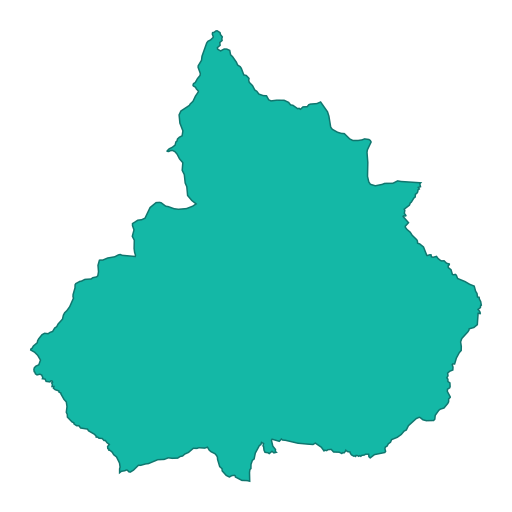 San Cayetano, Cundinamarca, Colombia (Albers equal-area conic projection)
{"feature_id": "7082276B62446373339700", "entity_name": "San Cayetano", "entity_type": "district", "adm_level": 2, "iso_a3": "COL", "parent_name": "Colombia", "parent_adm1": "Cundinamarca", "projection": "albers", "projection_center": [-74.103, 5.334], "detail": "fine", "context": "isolated", "style": "filled", "palette": "teal", "viewbox_px": 512, "rotation_deg": 0, "n_neighbors": 0, "source": "geoboundaries", "source_scale": "gbopen_adm2", "svg_char_len": 5987}
<svg xmlns="http://www.w3.org/2000/svg" viewBox="0 0 512 512"><path d="M212.6,32.6L212.3,34.1L213.2,36.5L213.1,37.5L210.6,39.9L207.9,41.3L206.7,43.0L202.0,56.2L201.5,60.3L198.2,65.8L198.1,67.3L200.3,73.4L200.1,75.4L197.6,78.4L195.2,82.6L193.5,83.6L193.0,85.2L193.4,86.0L195.6,87.3L196.2,88.7L198.3,91.0L198.3,91.9L195.4,96.2L193.0,101.3L190.2,104.0L189.4,105.4L180.9,111.0L179.1,114.9L179.9,123.1L182.9,130.9L182.1,135.8L179.4,137.2L177.5,139.0L177.0,141.0L175.9,141.9L175.1,145.1L172.3,147.3L169.2,148.8L167.2,150.8L167.2,151.3L168.7,151.5L170.6,150.6L172.7,150.5L175.0,151.7L177.2,154.3L179.5,158.8L182.8,162.7L182.2,170.3L184.3,174.6L185.2,183.0L186.8,186.7L187.6,195.5L191.8,200.5L196.1,203.9L192.7,206.2L186.5,208.6L178.4,209.3L174.0,208.7L168.2,206.6L165.7,206.2L161.2,202.8L159.6,202.4L156.1,202.6L150.1,207.5L145.0,218.2L141.7,219.7L137.8,220.2L132.5,223.6L132.5,225.7L134.0,229.9L132.3,236.3L134.3,240.2L134.1,248.5L134.6,252.3L135.5,255.2L135.2,256.5L122.1,255.3L120.2,254.5L118.4,254.9L114.7,256.8L107.7,258.0L102.7,260.1L99.8,260.1L99.4,260.3L98.0,265.3L98.5,271.8L97.8,275.8L96.6,276.9L92.8,277.7L91.0,279.0L84.9,279.4L81.1,281.3L80.0,281.3L75.8,283.6L75.1,284.8L75.0,287.9L73.1,294.5L73.0,296.8L73.5,298.1L69.7,306.7L66.9,310.6L64.7,312.7L63.4,315.1L62.5,319.1L58.1,324.0L56.7,326.7L54.7,328.0L52.6,331.5L50.2,332.3L48.1,333.7L44.6,333.3L42.0,334.7L38.7,338.8L37.6,340.8L37.3,342.7L33.4,346.0L32.0,348.4L30.8,349.1L30.7,350.0L34.6,352.2L37.7,355.3L40.5,360.1L38.8,364.8L35.8,366.2L34.3,367.8L33.9,369.5L34.2,371.7L34.9,372.2L35.4,373.8L37.0,374.9L39.9,374.2L41.7,375.0L42.8,377.6L42.4,378.7L45.1,379.1L46.1,381.4L49.8,381.9L51.0,380.8L51.9,380.9L52.6,382.1L51.7,382.9L52.4,384.5L52.0,386.5L53.9,386.5L53.4,388.2L55.2,389.7L58.8,390.9L59.0,392.1L60.9,393.1L60.9,393.9L64.0,399.4L66.3,401.9L67.0,406.6L66.3,412.3L67.3,414.4L67.4,417.1L72.1,422.0L73.8,422.7L74.0,423.9L76.6,425.7L78.9,425.7L80.6,428.0L87.5,429.1L88.5,430.8L94.5,434.3L96.1,436.1L96.2,437.1L97.7,437.1L98.9,438.2L102.2,438.5L104.0,440.5L105.4,440.5L107.0,442.7L109.3,444.4L107.6,446.5L107.8,448.6L108.9,449.1L108.8,450.1L110.2,450.5L112.3,452.3L113.7,454.7L116.5,456.9L119.5,463.0L120.1,467.1L119.6,468.8L119.6,472.7L121.4,471.3L124.9,470.7L126.3,470.0L127.5,470.3L128.8,471.8L130.3,472.1L133.5,470.1L138.4,465.3L140.7,465.3L145.7,463.9L148.4,463.6L157.7,459.7L164.2,459.4L168.3,457.8L172.3,458.3L177.7,458.1L180.1,456.5L182.6,456.0L184.7,454.1L188.5,452.4L193.3,448.3L196.9,448.4L198.9,447.7L204.7,448.1L207.5,447.2L209.2,450.1L211.0,451.7L215.0,453.7L216.6,455.6L217.4,457.1L217.6,459.5L219.7,466.6L222.0,468.7L222.2,470.9L226.2,475.4L229.4,477.0L231.8,475.6L234.5,475.3L235.2,475.8L235.4,477.0L241.9,480.4L247.2,480.6L249.7,481.2L249.5,472.4L249.9,469.5L250.9,468.6L251.0,464.4L252.4,460.3L254.1,459.0L255.3,453.1L259.4,445.5L260.9,444.6L261.5,442.4L263.6,443.5L263.0,445.9L263.6,446.6L264.0,450.1L265.0,452.3L268.2,452.8L269.2,453.6L272.0,451.3L273.9,452.9L276.3,452.3L275.3,451.4L275.5,449.5L272.8,446.1L271.6,441.0L271.5,440.0L272.1,439.2L279.3,441.3L281.4,439.0L282.5,440.0L285.5,440.3L297.8,443.2L307.6,444.1L313.0,444.5L315.3,443.1L321.3,447.2L324.0,450.9L324.7,450.2L326.7,450.6L327.8,449.7L331.2,449.4L333.6,452.0L339.2,452.2L341.8,453.5L342.8,452.6L344.0,452.9L345.4,451.3L345.8,450.2L347.5,451.6L350.0,452.0L350.4,453.4L351.5,454.9L353.9,456.2L354.9,455.9L355.6,456.4L356.1,455.4L357.7,455.6L358.7,456.3L359.8,455.6L360.8,456.3L361.7,455.4L364.4,455.0L365.5,454.2L368.7,454.2L368.9,456.7L370.2,457.9L374.5,454.6L384.8,452.5L385.6,451.4L384.9,448.7L385.4,447.0L387.0,446.2L388.3,443.8L390.5,442.2L391.6,439.6L397.3,437.3L401.2,434.5L404.1,431.1L406.3,430.0L408.4,425.7L416.2,418.6L419.2,417.3L420.2,417.6L422.9,419.8L426.4,420.7L433.6,420.5L434.8,419.2L435.2,415.4L438.7,410.4L440.2,409.2L444.0,408.0L447.8,403.4L448.6,401.8L448.7,398.9L450.2,397.4L450.2,396.8L447.3,391.4L447.5,389.2L449.7,387.8L450.1,386.6L449.9,382.9L447.9,381.5L447.9,379.2L446.8,377.8L448.0,375.8L447.6,373.1L449.8,371.2L452.8,370.0L453.0,367.1L452.2,364.6L452.8,363.9L454.6,364.0L456.4,358.0L459.3,352.6L461.2,350.5L461.3,346.5L460.6,341.9L461.8,338.5L467.8,331.9L468.9,330.2L469.2,328.8L473.9,327.5L477.3,324.7L478.1,313.3L479.2,313.2L480.0,313.7L480.3,313.2L479.7,311.4L478.0,309.4L480.4,307.6L480.6,305.5L481.3,305.2L480.7,301.6L479.4,299.1L479.1,297.3L477.5,297.0L477.0,293.5L475.6,291.2L474.2,286.1L469.7,284.3L464.9,281.5L457.6,278.5L456.3,275.2L455.3,274.4L453.5,274.8L452.4,274.4L451.0,269.7L448.3,267.6L448.1,265.9L449.3,264.7L449.3,264.0L446.5,263.2L444.1,260.8L441.5,260.9L440.4,260.4L438.0,258.5L436.5,256.4L433.1,257.3L431.4,256.8L431.0,254.8L429.7,254.8L427.1,255.6L426.8,255.4L423.5,247.0L419.7,243.9L417.6,243.2L417.4,241.0L416.7,239.7L412.1,235.2L410.2,232.2L406.9,229.4L405.3,227.2L405.3,226.2L408.5,222.7L403.1,216.5L403.4,215.9L405.7,215.9L405.9,215.5L404.3,213.3L404.8,210.5L404.2,209.2L409.4,205.2L410.3,202.9L411.3,202.2L413.9,198.0L415.2,197.0L415.4,194.3L416.8,193.3L417.7,191.9L417.9,190.0L419.3,189.0L418.3,187.4L420.5,186.7L419.8,183.8L420.7,182.8L401.1,181.5L397.6,180.9L392.9,183.3L384.7,183.4L382.2,184.4L375.3,185.8L370.4,184.3L368.8,182.0L367.5,176.4L367.8,162.5L367.0,152.3L367.4,149.8L371.1,142.0L370.3,140.5L368.9,139.5L364.6,138.9L362.0,139.9L358.1,140.5L352.9,140.5L349.8,139.0L344.3,133.6L341.3,133.4L337.4,132.2L332.3,129.3L330.7,127.2L328.9,116.2L327.5,111.8L320.6,102.0L316.9,103.6L310.4,104.1L308.8,104.7L307.2,106.7L303.0,106.9L300.4,109.3L299.1,108.3L297.7,108.7L292.9,105.3L290.6,104.9L288.6,102.4L284.2,100.3L276.8,100.2L271.0,100.9L268.7,99.8L266.5,95.8L263.2,95.6L258.9,94.1L256.8,91.3L254.8,90.0L252.5,85.6L249.3,82.4L248.7,80.4L249.0,78.4L246.3,75.5L243.8,74.9L241.3,68.3L240.2,66.7L237.6,65.0L236.4,62.2L232.5,56.6L230.6,54.8L229.7,50.4L226.8,49.1L224.2,49.0L220.6,50.9L217.6,49.2L217.4,47.6L220.1,45.3L219.8,42.5L222.1,40.5L221.8,38.7L222.3,36.9L220.5,34.6L220.0,32.6L217.2,30.8L216.0,30.9L214.0,32.4L212.6,32.6Z" fill="#14b8a6" stroke="#0f766e" stroke-width="1.5"/></svg>